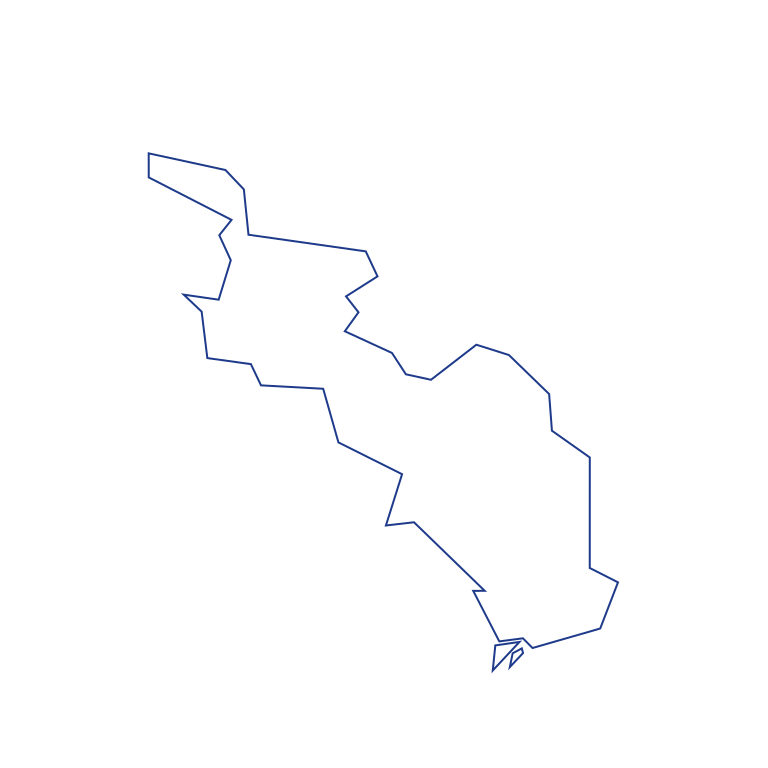 an SVG outline of Chocó, rotated 324°
{"feature_id": "COL-1415", "entity_name": "Chocó", "entity_type": "Department", "adm_level": 1, "iso_a3": "COL", "parent_name": "Colombia", "parent_adm1": "", "projection": "albers", "projection_center": [-77.125, 6.337], "detail": "coarse", "context": "isolated", "style": "outline", "palette": "blue", "viewbox_px": 768, "rotation_deg": 324, "n_neighbors": 0, "source": "natural_earth", "source_scale": "10m", "svg_char_len": 765}
<svg xmlns="http://www.w3.org/2000/svg" viewBox="0 0 768 768"><g transform="rotate(324 384 384)"><path d="M315.1,78.6L329.2,59.1L381.5,117.7L385.0,144.2L362.1,183.6L447.2,266.0L442.0,293.1L404.8,290.8L405.5,311.0L383.3,318.3L408.7,363.6L407.4,389.0L424.5,408.2L481.8,406.5L502.1,434.0L511.7,489.2L492.4,520.5L507.3,564.4L442.3,653.8L456.7,682.0L415.2,708.9L349.0,684.9L346.9,671.4L326.0,660.0L334.6,603.8L343.9,610.5L327.0,513.5L302.4,499.6L345.6,467.6L312.8,404.5L332.0,352.1L283.7,312.8L288.0,289.7L256.3,259.2L279.0,218.3L274.5,194.0L299.8,218.6L332.8,193.8L338.2,166.8L357.1,161.6L315.1,78.6ZM320.4,660.9L342.0,672.3L303.6,679.7L320.4,660.9ZM319.4,687.0L329.8,677.5L340.1,678.9L338.3,683.4L319.4,687.0Z" fill="none" stroke="#1e3a8a" stroke-width="2"/></g></svg>